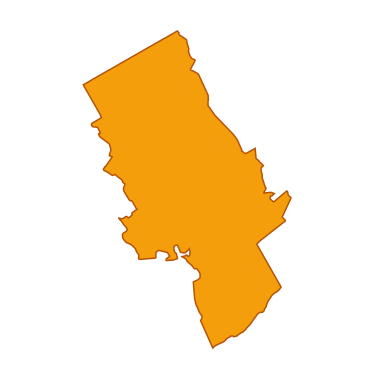 an SVG outline of Hardap, rotated 240°
{"feature_id": "NAM-3339", "entity_name": "Hardap", "entity_type": "Region", "adm_level": 1, "iso_a3": "NAM", "parent_name": "Namibia", "parent_adm1": "", "projection": "robinson", "projection_center": [17.113, -24.521], "detail": "fine", "context": "isolated", "style": "filled", "palette": "amber", "viewbox_px": 384, "rotation_deg": 240, "n_neighbors": 0, "source": "natural_earth", "source_scale": "10m", "svg_char_len": 4759}
<svg xmlns="http://www.w3.org/2000/svg" viewBox="0 0 384 384"><g transform="rotate(240 192 192)"><path d="M339.0,206.3L339.1,207.1L339.0,210.5L339.0,214.0L339.0,217.5L339.0,221.0L339.0,224.4L339.0,227.9L338.9,231.4L338.9,234.8L338.9,238.3L338.9,241.8L338.8,245.2L338.8,248.7L338.8,252.2L338.8,255.6L338.8,259.1L338.7,259.9L336.3,260.3L335.6,259.6L334.5,259.7L333.7,259.9L327.7,262.9L326.6,263.3L326.0,263.2L323.7,262.2L318.6,261.1L317.8,260.8L317.0,260.4L315.7,259.4L314.4,258.9L311.5,258.4L309.0,258.4L307.6,258.7L307.1,258.9L305.5,260.3L304.8,260.6L304.4,260.5L303.9,259.9L299.3,252.4L298.9,252.0L298.5,251.7L298.0,252.0L297.5,252.3L296.4,253.5L291.6,256.2L290.8,256.5L267.6,254.3L263.6,252.2L262.4,251.1L258.8,249.1L246.9,250.2L221.2,256.6L214.3,257.3L204.1,256.2L203.4,256.0L202.8,255.6L202.5,255.6L202.1,255.7L201.2,256.3L199.6,256.9L198.4,257.8L198.2,268.5L189.5,264.5L188.6,264.4L185.8,265.5L184.2,265.5L180.3,266.8L179.3,266.9L178.9,266.6L178.8,265.9L178.7,265.1L178.5,264.3L178.0,263.8L176.5,262.8L174.1,261.9L171.9,261.6L170.6,260.6L169.6,260.2L169.2,259.9L159.9,257.9L159.0,258.0L158.3,257.9L157.8,257.7L157.4,257.1L156.1,254.5L155.7,254.0L155.2,253.8L154.6,254.9L152.6,259.5L151.7,260.8L149.5,262.5L148.7,259.6L148.7,259.0L148.9,258.6L149.2,258.1L149.1,257.8L148.7,257.4L148.2,257.0L147.7,256.6L147.1,256.3L146.4,256.4L143.7,257.3L143.2,257.5L142.7,257.9L142.7,258.4L142.7,259.0L145.5,274.4L145.2,274.8L144.4,274.9L142.0,274.0L140.7,273.9L139.6,274.1L138.9,274.5L138.3,274.8L137.6,274.8L136.9,274.2L126.1,258.8L125.6,258.1L125.0,257.7L124.3,257.7L123.6,257.9L121.6,258.5L121.0,258.6L120.5,258.6L120.3,258.1L120.1,257.5L115.8,227.0L114.5,222.0L65.3,221.6L65.1,221.6L64.0,219.2L63.3,216.8L63.1,211.8L62.5,209.5L59.4,203.3L58.1,201.4L55.5,198.7L54.7,196.8L52.9,194.6L52.6,193.0L52.8,192.3L53.5,191.4L53.7,191.1L53.7,188.5L53.4,187.3L52.2,185.0L51.0,181.9L48.1,175.9L47.0,171.7L46.0,169.6L45.6,166.8L45.2,165.9L45.4,164.6L45.4,162.5L45.2,160.4L44.8,159.1L45.1,158.2L45.5,156.5L45.9,155.7L46.2,155.5L46.7,155.4L47.1,155.2L47.3,154.6L48.0,153.1L47.6,152.4L47.7,148.9L46.7,145.9L46.5,144.8L47.2,135.9L47.0,133.7L46.4,132.0L76.3,135.1L77.7,137.3L78.1,137.8L78.3,137.9L78.5,138.1L79.0,138.3L79.6,138.4L80.7,138.5L84.6,138.2L90.0,139.1L91.1,139.0L91.9,139.1L98.0,140.8L113.5,148.2L113.1,153.1L113.3,154.6L113.9,156.3L117.2,158.1L118.7,158.2L122.6,158.0L123.1,157.9L123.4,157.5L123.6,157.0L123.8,156.4L124.3,155.9L125.0,155.5L127.5,155.4L134.3,153.1L134.7,153.1L136.3,153.3L136.9,153.2L137.5,153.0L140.8,151.1L141.1,151.0L141.0,151.4L140.5,152.6L140.3,153.3L140.1,154.2L140.3,155.4L140.1,155.8L139.7,156.1L138.7,156.2L138.4,156.4L138.0,156.6L138.0,157.3L138.3,158.2L141.3,160.6L144.3,161.3L143.7,159.8L142.7,156.0L143.3,154.4L145.3,152.2L145.8,151.9L146.2,151.8L148.0,152.3L152.7,152.7L153.2,152.7L153.5,152.5L153.7,152.1L154.0,151.4L154.1,150.9L154.1,150.5L153.7,149.2L153.4,148.7L153.1,148.5L152.6,148.2L148.6,147.0L148.0,147.0L147.1,147.6L146.6,147.6L142.1,146.4L141.7,146.2L141.6,145.7L141.7,145.2L142.5,141.6L145.1,136.1L145.4,135.6L145.7,135.3L146.5,135.9L147.0,136.4L147.1,136.8L147.3,139.8L147.4,140.3L147.8,140.5L151.4,140.5L151.9,140.4L152.4,140.0L157.9,134.2L158.1,133.7L158.1,133.0L157.7,131.1L157.5,130.6L157.2,130.2L153.5,128.1L153.3,127.9L153.1,127.6L153.2,127.2L153.3,126.7L159.5,113.6L160.3,112.5L160.9,112.4L162.2,113.1L163.1,114.0L164.2,114.3L165.3,114.4L166.5,114.2L168.5,114.1L170.8,114.7L175.1,113.6L177.8,112.4L181.0,109.9L184.6,109.1L186.8,109.1L189.1,110.0L190.0,110.5L190.5,111.3L190.7,112.9L190.8,115.6L191.7,117.0L193.5,117.4L198.3,116.5L201.9,116.3L205.0,115.6L205.8,115.5L206.0,115.6L204.1,117.6L203.7,118.2L203.6,118.6L203.6,119.2L203.8,122.4L203.7,122.9L203.5,123.2L201.5,123.8L201.3,124.2L201.3,124.8L202.0,128.5L202.2,128.8L202.4,128.9L203.3,129.2L203.8,129.4L203.9,129.7L204.0,130.2L204.5,135.7L204.8,135.4L213.7,135.6L214.3,135.5L214.7,135.3L214.9,134.7L215.4,134.2L216.1,133.7L226.3,133.4L229.0,134.2L229.5,134.5L229.9,134.9L231.8,137.5L232.3,137.8L232.7,137.9L234.8,136.9L235.4,136.8L235.8,137.1L236.7,137.4L237.5,137.3L238.5,137.0L242.6,135.1L244.9,134.5L245.6,134.1L245.7,133.5L245.8,132.2L246.0,131.6L246.4,131.2L251.0,128.9L254.7,126.6L255.9,126.5L257.4,129.1L257.3,129.9L262.2,140.2L262.5,140.5L262.9,140.3L263.8,139.2L264.3,138.8L264.8,138.6L265.4,139.0L266.0,139.5L268.6,142.5L269.5,143.0L270.5,143.4L274.9,144.3L275.6,144.2L285.5,139.9L286.0,139.9L288.9,140.0L289.2,140.2L289.2,140.6L289.0,141.1L288.9,141.6L289.1,142.1L290.2,142.3L295.1,142.5L295.4,142.3L295.6,142.1L298.0,138.8L298.7,138.4L299.5,138.4L300.7,138.6L301.2,139.1L301.5,139.7L301.7,150.7L305.3,151.2L339.2,151.4L339.2,153.1L339.2,163.8L339.2,174.4L339.1,185.0L339.1,195.7L339.0,206.3Z" fill="#f59e0b" stroke="#b45309" stroke-width="1.5"/></g></svg>